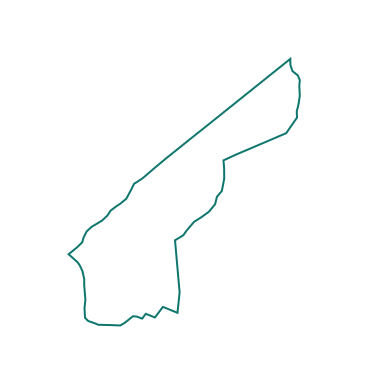 Santa Inês, Paraná, Brazil, rotated 217°
{"feature_id": "56859067B45112402193343", "entity_name": "Santa Inês", "entity_type": "district", "adm_level": 2, "iso_a3": "BRA", "parent_name": "Brazil", "parent_adm1": "Paraná", "projection": "natural_earth1", "projection_center": [-51.903, -22.719], "detail": "fine", "context": "isolated", "style": "outline", "palette": "teal", "viewbox_px": 384, "rotation_deg": 217, "n_neighbors": 0, "source": "geoboundaries", "source_scale": "gbopen_adm2", "svg_char_len": 967}
<svg xmlns="http://www.w3.org/2000/svg" viewBox="0 0 384 384"><g transform="rotate(217 192 192)"><path d="M212.3,41.8L208.1,34.8L201.8,27.2L197.4,26.5L190.4,28.7L186.9,29.6L176.4,37.1L169.0,42.2L167.0,46.9L164.4,57.2L161.3,59.2L155.6,60.9L155.6,66.9L146.1,69.5L146.1,82.7L130.9,86.8L141.5,104.4L176.5,143.2L172.9,152.3L173.1,158.0L172.4,169.4L169.4,177.3L166.6,186.5L166.2,196.2L169.2,203.1L168.8,210.8L174.2,221.9L180.8,230.5L185.9,236.2L178.9,249.2L152.1,295.8L152.4,301.1L152.9,314.6L156.9,319.5L159.5,325.7L161.4,329.3L163.8,333.7L170.3,341.5L173.1,346.1L177.6,348.8L184.5,349.0L190.0,352.8L193.6,357.5L221.9,246.4L223.9,238.8L232.6,204.6L236.0,190.2L239.7,173.3L241.7,167.6L243.2,163.8L242.2,158.5L240.4,147.2L242.2,139.6L244.0,134.5L245.8,128.1L245.4,122.3L246.6,115.1L251.2,103.8L252.4,97.1L251.2,90.4L249.4,85.8L250.5,78.6L253.1,68.0L241.6,67.1L237.8,66.0L231.9,62.9L225.6,57.5L222.0,52.7L212.3,41.8Z" fill="none" stroke="#0f766e" stroke-width="2"/></g></svg>